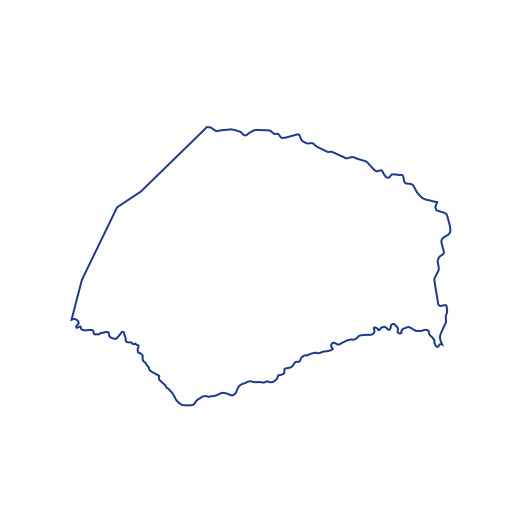 the district of Unión Cantinil, Huehuetenango, Guatemala, rotated 164°
{"feature_id": "79465075B38315595445593", "entity_name": "Unión Cantinil", "entity_type": "district", "adm_level": 2, "iso_a3": "GTM", "parent_name": "Guatemala", "parent_adm1": "Huehuetenango", "projection": "albers", "projection_center": [-91.745, 15.587], "detail": "fine", "context": "isolated", "style": "outline", "palette": "blue", "viewbox_px": 512, "rotation_deg": 164, "n_neighbors": 0, "source": "geoboundaries", "source_scale": "gbopen_adm2", "svg_char_len": 6077}
<svg xmlns="http://www.w3.org/2000/svg" viewBox="0 0 512 512"><g transform="rotate(164 256 256)"><path d="M450.9,245.6L449.1,245.7L448.0,245.7L447.1,245.1L446.0,244.1L444.9,242.5L444.9,241.3L445.0,240.2L445.8,239.5L447.2,238.9L448.2,238.0L448.5,237.1L448.1,236.4L447.1,236.3L445.1,236.7L444.3,236.7L444.0,236.3L444.1,235.3L444.2,234.1L443.7,233.3L442.8,232.6L442.0,232.1L441.4,231.9L439.6,231.4L435.0,230.4L434.1,230.1L433.2,229.2L433.0,228.2L433.3,226.8L433.4,226.0L432.8,225.3L431.7,224.7L430.5,224.8L429.5,224.1L428.4,224.0L427.6,224.2L426.8,224.8L426.1,224.8L424.8,224.4L421.5,224.3L420.4,224.1L419.1,223.5L418.9,222.8L419.0,220.1L418.8,218.7L418.0,217.6L416.2,216.1L413.8,215.0L412.9,215.1L407.4,218.7L405.9,220.0L405.2,220.0L404.4,219.4L404.0,218.7L403.9,218.0L404.3,216.9L404.0,213.6L404.0,212.1L404.5,211.0L404.5,210.0L404.1,208.9L401.7,207.9L400.5,207.6L399.7,207.3L399.1,206.4L398.9,205.5L398.1,205.0L397.4,204.9L396.1,205.0L395.6,204.0L395.1,203.2L393.8,202.6L393.7,202.2L393.7,201.5L395.5,199.0L395.7,198.3L395.9,196.7L395.8,195.6L393.9,194.3L392.9,192.7L392.5,191.7L392.4,191.3L393.3,188.7L393.5,187.5L393.4,186.2L391.9,184.0L391.5,183.3L391.4,182.1L389.8,178.6L389.7,175.5L387.3,172.5L385.7,171.2L384.7,169.8L383.1,168.7L382.4,168.0L382.1,167.0L382.9,166.2L383.1,165.3L383.1,163.7L379.6,157.8L378.8,156.8L378.6,156.0L378.5,154.5L377.9,153.6L376.9,152.6L376.3,151.6L375.6,150.1L374.4,147.8L373.4,144.8L372.5,139.9L371.7,138.1L370.6,136.0L369.1,134.3L367.9,133.1L365.6,132.1L363.1,131.3L359.9,130.5L357.7,130.2L356.2,130.8L352.9,133.5L351.1,134.2L349.0,134.7L347.9,135.0L346.8,135.6L345.6,135.6L343.8,135.4L342.7,135.1L340.0,133.6L337.7,133.6L336.5,133.2L335.0,132.9L331.0,133.1L329.5,133.5L327.5,133.7L326.3,133.7L324.6,133.3L321.4,131.5L319.9,130.4L319.4,129.5L317.3,128.5L315.6,128.7L314.0,129.4L312.7,130.4L311.3,132.3L308.3,135.6L306.5,136.3L304.8,136.7L300.9,136.9L299.0,137.4L297.4,137.4L295.8,137.1L291.9,135.0L288.8,134.2L286.8,133.8L284.4,132.4L282.8,132.2L281.1,132.3L280.2,132.6L279.2,132.1L278.1,131.2L276.5,130.5L275.3,130.3L273.6,130.4L271.7,131.2L269.9,132.0L267.3,135.2L264.3,134.8L262.4,135.1L261.6,135.4L261.0,136.0L259.9,139.4L259.0,139.8L255.6,139.4L253.6,139.4L251.8,139.8L250.1,141.0L248.2,142.7L247.3,143.2L245.8,143.1L245.0,142.7L244.3,142.5L243.3,142.6L242.8,143.0L242.0,143.8L241.1,145.2L240.1,146.0L238.0,146.8L236.6,147.0L235.6,146.9L234.2,146.3L231.7,146.8L229.2,146.9L226.7,146.8L225.3,146.6L223.4,145.5L221.9,145.2L218.1,145.5L216.7,145.4L213.1,144.8L209.2,144.8L208.3,145.0L208.0,145.2L207.8,145.9L207.8,146.4L208.5,147.2L208.6,148.5L208.3,149.7L207.3,150.7L206.3,151.3L205.1,151.1L204.0,150.6L202.1,148.5L201.1,148.1L199.9,148.1L198.8,148.3L197.8,148.8L195.7,149.0L192.9,149.6L191.5,149.7L189.4,149.7L187.2,149.5L185.9,148.8L184.8,148.6L183.2,148.8L182.1,149.2L181.0,149.6L180.1,150.4L179.2,150.7L177.5,150.9L173.2,150.2L168.0,148.7L166.5,148.6L165.1,148.8L164.1,149.5L163.2,150.3L162.7,151.6L162.7,154.0L162.3,154.6L161.4,154.6L160.3,153.8L159.1,152.5L159.0,151.4L158.7,150.9L157.6,150.9L155.5,152.6L152.3,152.5L151.4,152.1L150.7,151.2L149.9,149.8L149.2,148.8L148.5,148.2L147.6,148.6L146.3,149.9L145.8,151.2L145.2,152.2L144.4,152.7L143.3,152.9L142.3,152.8L140.1,149.5L139.6,147.0L139.9,145.9L140.3,145.2L140.8,144.1L140.8,143.4L139.5,142.0L138.9,141.7L137.9,141.8L137.4,142.0L137.1,143.0L137.1,143.6L136.2,144.6L135.1,145.3L134.0,145.5L129.8,145.8L128.7,145.6L127.4,144.6L123.0,139.9L120.9,139.3L120.0,139.1L118.5,138.5L114.4,138.5L113.4,138.3L111.9,137.6L110.9,136.8L110.8,135.9L110.9,133.9L110.8,132.2L110.2,131.0L109.6,130.2L108.4,128.1L108.5,127.4L107.9,126.6L107.9,125.2L108.0,124.4L108.4,123.6L108.5,122.5L108.1,121.5L107.8,119.9L107.2,118.9L106.6,118.5L106.1,118.6L103.8,120.2L103.0,120.5L102.3,120.4L101.5,119.6L101.9,123.5L101.9,124.4L101.7,126.6L101.4,127.8L100.0,130.2L95.8,135.2L92.0,139.4L91.2,141.5L90.1,146.1L89.5,147.0L88.2,148.6L87.8,149.2L87.4,150.5L86.9,153.1L86.7,155.4L86.9,156.0L87.2,156.4L87.7,156.7L91.9,157.0L92.5,157.2L93.2,157.6L93.8,158.3L94.1,159.6L91.8,179.2L91.0,184.4L90.5,185.3L89.7,186.3L85.2,191.1L84.4,192.0L83.8,193.5L83.4,195.4L82.9,200.7L82.1,202.3L80.4,204.3L79.6,204.8L78.2,205.4L76.3,205.9L75.0,206.5L74.7,207.0L74.3,208.1L74.2,209.8L74.0,218.2L73.4,219.9L72.8,220.7L71.9,221.5L70.6,222.0L68.9,222.6L66.7,223.1L65.5,223.5L63.8,224.5L63.0,225.3L62.3,226.4L61.7,229.0L61.3,231.7L61.1,241.0L61.2,242.7L61.4,243.5L62.1,244.7L63.3,245.8L64.7,246.8L69.4,249.7L69.8,250.2L70.1,251.0L70.2,252.3L70.1,253.6L69.6,254.5L68.5,255.9L67.0,257.8L71.0,259.9L73.9,261.7L75.9,262.7L77.6,263.7L79.4,265.2L80.9,267.0L82.4,269.8L83.7,272.7L84.6,276.8L85.2,280.0L85.6,280.9L86.2,281.7L87.0,282.3L88.5,283.1L91.5,284.2L92.1,284.8L92.6,285.4L92.9,286.5L92.9,288.2L92.6,290.7L92.6,292.1L92.7,292.8L93.1,293.4L93.5,293.7L96.8,294.7L99.7,296.1L100.8,296.3L102.4,296.9L103.2,296.9L104.1,296.4L105.2,295.4L105.9,295.0L106.6,294.8L107.2,294.8L108.2,295.1L109.0,295.7L109.5,296.6L110.4,299.1L111.3,303.1L111.6,303.6L112.3,303.9L113.8,304.1L116.2,304.0L116.9,304.2L117.7,304.9L119.5,307.8L123.2,315.3L124.0,316.4L125.6,317.6L131.6,321.4L134.5,323.7L135.6,324.4L136.7,324.7L139.3,324.8L141.1,324.8L142.1,324.9L142.6,325.1L143.9,326.3L153.3,334.4L154.3,335.2L155.3,335.6L156.7,335.8L158.0,336.1L159.0,336.8L167.1,344.0L168.1,345.2L168.8,346.2L169.2,347.3L170.0,348.3L171.1,349.0L172.3,349.4L174.6,349.7L175.7,350.1L177.3,351.2L179.9,354.0L180.3,355.1L180.7,357.6L180.8,359.0L181.1,360.4L181.3,360.8L181.9,361.3L182.9,361.5L194.4,361.6L197.8,362.1L198.6,362.5L199.3,363.1L200.2,365.0L200.8,366.9L201.7,367.6L204.1,368.1L204.8,368.4L205.3,368.8L207.3,372.0L207.9,372.6L209.2,373.3L221.0,377.1L222.6,377.3L224.1,377.2L228.6,376.2L231.3,375.0L231.9,374.8L233.1,374.9L234.2,375.6L234.9,376.3L236.0,378.6L236.7,379.5L237.8,380.4L242.2,383.2L243.3,383.8L245.0,384.6L247.9,385.1L254.3,386.4L257.0,386.7L258.9,386.7L259.7,387.1L260.9,388.0L261.5,388.8L262.4,390.0L264.0,391.9L264.8,392.4L267.3,393.2L267.9,393.5L271.6,391.3L348.9,349.7L376.1,341.1L429.9,281.1L450.9,245.6Z" fill="none" stroke="#1e3a8a" stroke-width="2"/></g></svg>